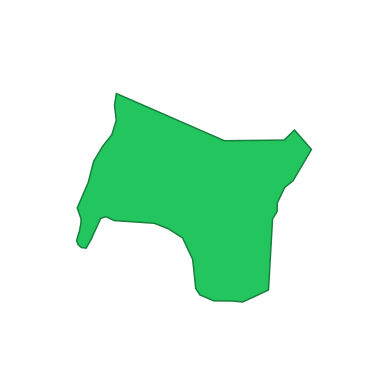 map outline of Kanal (Albers equal-area conic projection), rotated 61°
{"feature_id": "SVN-1028", "entity_name": "Kanal", "entity_type": "Municipality", "adm_level": 1, "iso_a3": "SVN", "parent_name": "Slovenia", "parent_adm1": "", "projection": "albers", "projection_center": [13.646, 46.088], "detail": "fine", "context": "isolated", "style": "filled", "palette": "green", "viewbox_px": 384, "rotation_deg": 61, "n_neighbors": 0, "source": "natural_earth", "source_scale": "10m", "svg_char_len": 642}
<svg xmlns="http://www.w3.org/2000/svg" viewBox="0 0 384 384"><g transform="rotate(61 192 192)"><path d="M69.2,210.4L162.8,138.9L191.3,86.2L187.4,72.3L212.7,66.9L231.1,98.1L233.0,108.8L243.0,122.8L250.3,127.0L254.6,134.6L314.8,172.6L312.8,200.9L306.7,209.9L297.7,225.8L285.8,235.0L278.2,235.5L251.3,224.1L227.6,222.5L213.1,230.3L201.1,240.1L179.2,274.0L171.7,279.4L170.9,284.8L184.6,303.3L189.8,311.8L186.9,315.7L182.9,317.1L178.8,316.6L175.4,313.5L171.6,309.3L165.4,304.3L161.5,302.0L150.3,300.1L133.6,278.4L117.5,263.2L108.6,247.8L103.0,234.3L92.6,223.5L78.4,217.6L69.2,210.4Z" fill="#22c55e" stroke="#15803d" stroke-width="1.5"/></g></svg>